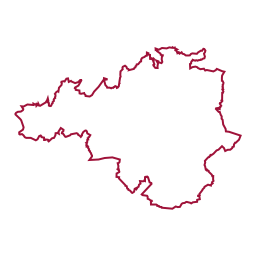 outline of Valle de Guadalupe, Jalisco, Mexico
{"feature_id": "50627088B71389499937182", "entity_name": "Valle de Guadalupe", "entity_type": "district", "adm_level": 2, "iso_a3": "MEX", "parent_name": "Mexico", "parent_adm1": "Jalisco", "projection": "albers", "projection_center": [-102.657, 21.043], "detail": "fine", "context": "isolated", "style": "outline", "palette": "rose", "viewbox_px": 256, "rotation_deg": 0, "n_neighbors": 0, "source": "geoboundaries", "source_scale": "gbopen_adm2", "svg_char_len": 5733}
<svg xmlns="http://www.w3.org/2000/svg" viewBox="0 0 256 256"><path d="M201.0,50.6L198.1,52.4L196.9,53.8L192.3,53.4L190.9,54.0L189.8,55.4L187.3,55.5L185.7,55.4L184.2,54.2L182.4,53.7L181.6,52.3L179.6,53.6L179.2,52.9L177.9,53.2L178.2,52.2L177.1,52.4L176.7,51.0L175.3,50.3L175.4,49.8L176.9,49.3L174.7,48.1L174.7,47.6L173.3,47.9L172.6,47.3L172.2,47.8L169.3,47.4L166.7,48.4L162.0,48.0L158.8,49.7L155.6,48.5L155.7,50.0L156.9,49.7L157.3,50.6L157.1,51.2L160.5,53.6L160.7,54.8L162.8,55.3L162.4,56.4L161.9,56.7L161.7,59.4L162.3,61.9L161.5,63.1L159.0,62.4L158.4,62.1L158.4,61.3L156.4,60.6L158.0,63.4L157.5,66.2L157.6,68.0L155.3,67.9L153.4,65.5L153.4,64.9L154.2,64.8L154.4,64.3L153.0,60.5L153.6,60.4L153.2,59.5L154.0,59.0L153.3,58.3L152.6,58.7L151.1,58.1L151.7,59.1L150.1,58.9L150.0,54.9L148.2,54.6L148.4,53.2L146.9,52.6L146.8,55.7L145.5,56.0L144.6,56.9L142.2,57.9L141.2,59.3L141.1,61.4L140.2,61.7L138.2,64.2L136.7,64.4L136.4,65.7L135.6,66.2L135.4,67.4L134.5,67.7L133.9,68.9L129.1,70.1L129.2,69.9L128.4,69.1L127.0,68.5L126.4,66.8L125.0,65.7L122.8,66.8L122.4,67.9L122.7,69.2L120.5,71.4L120.3,75.0L120.6,76.7L120.1,77.5L119.3,82.5L119.6,83.3L119.1,83.8L118.8,86.2L117.7,87.6L116.9,87.9L116.6,86.7L115.2,86.1L114.4,87.0L113.7,87.1L113.3,87.8L112.0,87.8L111.2,88.3L109.8,87.7L107.2,87.7L106.9,86.7L105.4,85.1L104.2,80.6L104.5,79.9L107.5,79.3L104.0,78.2L103.9,79.4L104.4,79.7L103.4,80.1L98.6,86.8L94.1,91.6L92.0,95.1L89.7,96.5L85.6,96.0L85.5,95.0L84.2,93.7L84.1,93.1L81.1,93.8L79.6,93.4L79.4,90.5L75.8,89.9L75.8,89.1L74.8,88.1L75.1,87.5L78.4,85.6L80.9,81.2L80.1,80.8L82.0,80.0L80.2,80.0L78.8,81.9L75.1,83.1L71.5,81.5L71.0,80.9L68.8,81.9L68.0,78.4L66.4,78.7L64.6,81.5L63.6,81.2L61.5,81.7L61.3,82.4L61.8,83.3L61.5,85.0L59.0,87.7L58.4,91.4L58.0,91.0L56.4,92.0L54.9,93.9L55.5,94.9L55.4,96.5L54.9,97.2L55.2,98.0L54.0,99.0L53.7,99.7L53.9,100.9L52.6,102.1L52.6,103.3L51.9,103.8L51.1,105.8L50.1,106.1L48.9,105.6L48.9,103.1L48.6,102.5L47.9,102.4L48.3,100.7L47.8,98.3L47.1,100.2L45.6,102.5L40.1,105.8L38.2,105.3L38.7,104.5L38.4,103.9L38.3,104.6L37.0,105.1L36.4,105.8L36.3,105.2L37.0,103.8L36.4,103.7L36.0,104.2L35.0,104.5L33.4,103.6L33.4,105.0L27.4,104.5L23.6,106.5L21.5,106.3L23.3,109.1L22.9,110.2L20.8,111.6L17.9,111.8L16.1,112.8L15.4,113.9L15.5,114.5L20.2,119.0L21.2,120.3L23.6,127.3L23.0,129.6L19.2,132.3L19.3,134.1L19.9,134.5L22.0,134.1L23.5,135.3L24.8,137.2L26.3,137.9L30.8,137.9L35.8,140.3L37.5,139.3L39.2,136.1L40.7,135.5L41.4,136.3L41.3,136.8L41.7,137.2L44.0,137.6L44.1,140.0L45.1,140.0L45.5,139.5L47.9,139.7L48.6,140.2L48.3,141.0L48.7,141.4L52.2,138.2L54.0,137.9L55.4,135.3L55.6,133.2L57.6,133.0L58.8,133.7L58.4,131.8L60.8,128.0L63.5,129.8L63.4,131.0L62.1,132.2L61.9,133.3L63.1,133.7L65.1,136.6L65.8,136.9L70.1,135.3L70.9,134.3L76.6,133.2L77.7,133.7L78.2,134.9L79.6,135.6L80.8,136.9L82.0,135.3L81.9,134.5L83.3,132.0L85.2,130.6L85.9,130.5L86.8,131.3L87.3,133.4L90.3,135.1L89.2,137.0L88.5,137.2L88.2,138.2L87.8,138.3L88.2,139.5L87.3,139.8L87.2,142.1L86.2,142.8L86.8,143.4L86.4,144.7L87.2,145.5L86.6,145.9L86.9,146.2L86.7,146.7L88.2,147.0L88.2,148.3L89.1,149.2L88.9,150.4L90.0,151.2L89.9,151.7L91.1,153.3L91.3,154.5L92.0,155.4L92.0,156.4L89.4,160.0L98.5,159.5L104.7,158.0L112.4,157.4L119.8,159.5L119.5,162.1L118.8,162.9L117.7,163.2L118.4,166.0L118.2,168.2L118.6,168.9L117.7,169.3L119.0,170.5L119.3,171.6L119.2,172.1L116.6,173.5L116.5,176.9L119.1,177.2L118.9,178.4L125.4,185.2L125.4,185.8L126.7,186.2L127.2,188.5L128.2,188.9L128.3,189.8L130.2,190.7L131.8,192.7L132.4,192.9L134.1,191.7L134.7,188.8L135.5,188.4L136.3,189.3L137.1,188.2L136.9,187.7L138.6,186.7L139.0,184.7L140.5,183.6L140.0,181.1L142.9,181.3L144.0,181.1L144.3,180.5L145.0,180.9L145.0,177.1L145.6,176.8L147.1,177.2L147.3,176.7L148.0,177.2L149.6,182.4L151.3,183.0L151.5,183.9L141.7,194.4L142.5,195.1L147.1,195.8L147.6,196.6L147.7,198.8L149.3,199.4L150.8,200.7L151.6,200.6L151.9,201.0L150.9,202.0L151.0,204.5L156.1,204.5L157.3,205.2L157.3,205.9L158.9,206.0L159.3,206.8L161.5,207.0L161.7,207.7L172.4,208.7L175.7,206.5L177.8,207.1L179.9,206.9L181.7,203.8L182.7,203.2L184.8,202.9L185.9,202.1L186.7,201.9L190.3,202.8L191.2,203.4L192.9,202.3L197.1,201.8L197.2,199.8L199.8,199.2L199.3,195.7L199.1,196.1L198.1,196.0L198.1,195.6L199.7,195.2L199.4,194.0L202.4,190.1L202.5,189.5L204.3,187.7L204.5,186.8L208.0,184.7L210.9,185.5L210.9,184.7L212.6,183.4L212.0,182.7L212.2,182.0L213.5,180.9L213.1,179.4L213.2,176.1L212.3,176.2L211.8,174.7L208.6,171.6L208.6,170.8L207.4,170.2L206.7,169.3L206.2,169.4L206.2,170.0L205.8,169.7L205.1,166.2L204.5,165.0L205.2,162.6L204.9,160.9L208.1,157.4L209.2,157.1L209.2,156.6L210.5,155.8L210.3,155.2L210.5,154.9L211.8,154.9L213.5,153.7L216.6,150.4L218.5,149.7L222.0,146.2L224.0,148.1L225.2,151.0L227.6,149.8L230.3,149.7L232.2,148.1L232.4,147.1L233.8,146.6L234.0,144.4L235.1,142.7L235.7,142.8L239.0,139.7L240.6,135.6L229.1,131.8L225.9,131.4L225.6,128.9L223.2,124.5L222.6,119.8L221.6,118.7L221.7,116.4L220.7,114.8L219.7,111.8L218.7,111.9L215.9,108.9L216.1,108.3L218.1,108.0L218.6,108.4L218.6,108.9L219.4,109.0L219.1,108.3L219.8,108.1L220.2,107.5L219.8,107.1L221.2,105.8L219.8,103.7L220.0,103.0L220.9,102.7L222.3,101.0L221.5,100.3L222.1,99.6L222.2,92.8L222.9,92.8L223.4,91.5L222.4,89.5L223.2,89.2L222.6,87.8L223.0,87.1L222.5,86.4L222.9,85.2L222.7,84.8L223.2,84.2L223.5,82.8L222.6,81.0L221.9,80.8L221.9,77.8L222.1,75.6L224.4,71.7L222.2,71.2L216.8,68.9L215.7,70.2L213.4,71.4L206.8,70.0L205.2,70.5L203.9,68.7L200.4,69.2L197.9,68.0L197.4,67.3L195.5,66.6L192.5,67.1L190.2,68.4L190.0,64.0L191.1,63.5L191.1,62.2L191.8,61.0L192.4,60.8L192.7,59.8L195.2,60.7L196.1,60.2L197.7,60.7L198.3,60.2L200.3,60.0L200.8,59.5L201.6,59.7L202.7,58.8L204.4,58.3L204.9,56.6L204.0,53.7L205.0,52.1L205.4,50.6L204.3,49.0L203.4,48.8L202.0,50.8L201.0,50.6Z" fill="none" stroke="#9f1239" stroke-width="2"/></svg>